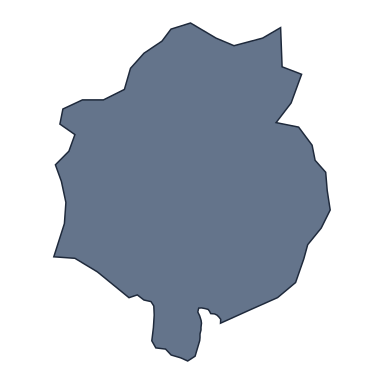 Tseri, Nicosia, Cyprus
{"feature_id": "46923920B56120235345444", "entity_name": "Tseri", "entity_type": "district", "adm_level": 2, "iso_a3": "CYP", "parent_name": "Cyprus", "parent_adm1": "Nicosia", "projection": "albers", "projection_center": [33.334, 35.064], "detail": "fine", "context": "isolated", "style": "filled", "palette": "slate", "viewbox_px": 384, "rotation_deg": 0, "n_neighbors": 0, "source": "geoboundaries", "source_scale": "gbopen_adm2", "svg_char_len": 993}
<svg xmlns="http://www.w3.org/2000/svg" viewBox="0 0 384 384"><path d="M280.6,27.6L262.6,38.1L234.0,45.7L216.0,38.1L190.5,23.0L171.0,29.1L162.0,41.1L144.0,53.2L130.5,68.3L124.4,89.4L103.4,99.9L82.4,99.9L62.9,109.0L59.9,124.1L74.9,134.6L68.9,151.2L55.4,164.8L61.4,181.4L65.9,202.5L64.4,223.6L53.8,256.8L74.9,258.3L97.4,271.9L129.0,297.7L137.3,294.9L143.9,300.0L151.0,301.6L153.8,306.0L154.2,315.1L153.4,327.7L151.8,340.8L155.8,347.9L165.6,349.1L171.1,355.0L180.6,357.8L187.7,361.0L195.1,356.2L199.7,340.7L200.0,337.7L200.0,333.9L201.0,330.0L201.0,327.2L201.5,323.2L201.1,320.4L199.7,315.9L197.8,312.0L198.7,308.1L201.5,307.9L205.2,308.6L208.1,309.4L209.5,311.2L210.7,313.6L214.5,313.9L217.0,315.1L218.9,317.0L220.7,319.3L220.5,323.2L250.6,309.6L277.6,297.6L295.6,282.5L303.8,258.9L307.7,244.7L321.2,228.1L330.2,210.0L327.2,190.4L325.7,172.3L315.1,160.3L312.1,145.2L298.6,127.1L276.1,122.6L291.1,103.0L301.6,74.3L282.1,66.8L280.6,27.6Z" fill="#64748b" stroke="#1e293b" stroke-width="1.5"/></svg>